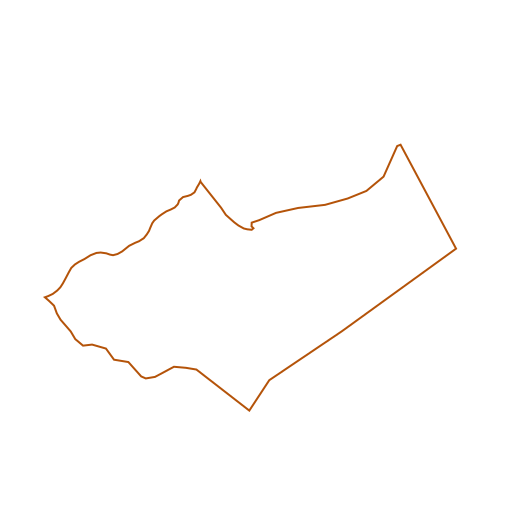 the district of Green Gold/Babonneau, Castries, Saint Lucia, rotated 288°
{"feature_id": "8701671B51268298139498", "entity_name": "Green Gold/Babonneau", "entity_type": "district", "adm_level": 2, "iso_a3": "LCA", "parent_name": "Saint Lucia", "parent_adm1": "Castries", "projection": "albers", "projection_center": [-60.953, 13.996], "detail": "fine", "context": "isolated", "style": "outline", "palette": "amber", "viewbox_px": 512, "rotation_deg": 288, "n_neighbors": 0, "source": "geoboundaries", "source_scale": "gbopen_adm2", "svg_char_len": 1229}
<svg xmlns="http://www.w3.org/2000/svg" viewBox="0 0 512 512"><g transform="rotate(288 256 256)"><path d="M106.9,297.4L142.0,307.0L210.8,360.8L324.8,444.0L406.5,359.1L404.2,356.3L370.9,352.8L352.0,340.9L339.0,325.4L326.0,305.9L314.7,281.2L303.2,261.7L291.1,248.0L286.4,241.6L282.8,242.6L281.6,245.0L279.6,243.8L278.7,239.5L278.4,235.9L279.6,229.8L281.3,224.9L283.7,219.4L285.8,214.6L291.1,207.9L309.3,180.5L310.0,180.0L308.4,179.8L307.1,179.6L304.9,179.1L302.8,178.6L301.5,178.5L297.5,177.8L294.1,175.2L292.1,172.6L289.5,168.4L285.0,165.7L282.8,165.8L280.9,165.6L277.0,163.7L273.8,160.5L270.8,157.0L266.5,153.5L264.0,151.7L258.3,148.2L255.1,147.2L249.9,146.7L246.8,146.5L242.9,145.5L238.3,143.8L233.8,140.1L231.3,137.1L226.5,132.2L219.0,127.3L215.1,123.7L212.6,119.8L212.2,116.7L212.3,112.9L211.3,107.2L209.6,103.3L205.6,98.4L200.1,93.8L195.8,89.5L192.0,86.4L187.6,84.0L182.7,83.0L175.7,81.8L170.3,80.8L165.8,79.6L161.7,77.6L157.1,74.4L153.6,70.7L151.5,68.0L149.5,72.7L146.3,79.3L139.9,84.3L135.0,89.8L127.0,103.1L121.1,109.8L117.3,119.2L121.1,127.5L121.6,141.9L113.5,153.0L115.7,167.4L106.0,184.0L105.5,189.0L109.8,197.3L125.3,212.2L128.0,223.9L129.6,234.4L106.9,297.4Z" fill="none" stroke="#b45309" stroke-width="2"/></g></svg>